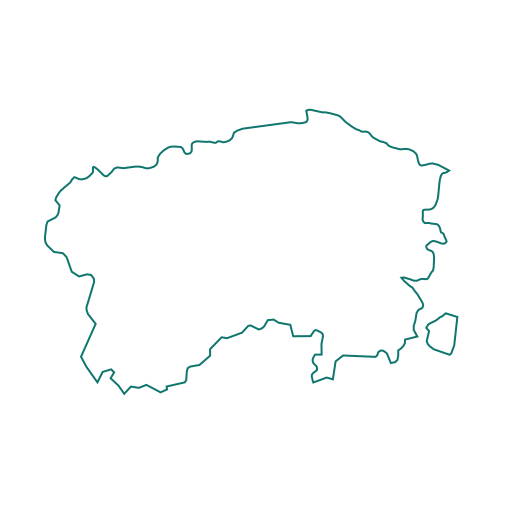 SVG path tracing the border of Ciudad Real, rotated 170°
{"feature_id": "ESP-5816", "entity_name": "Ciudad Real", "entity_type": "Autonomous Community", "adm_level": 1, "iso_a3": "ESP", "parent_name": "Spain", "parent_adm1": "", "projection": "albers", "projection_center": [-4.048, 38.963], "detail": "fine", "context": "isolated", "style": "outline", "palette": "teal", "viewbox_px": 512, "rotation_deg": 170, "n_neighbors": 0, "source": "natural_earth", "source_scale": "10m", "svg_char_len": 4410}
<svg xmlns="http://www.w3.org/2000/svg" viewBox="0 0 512 512"><g transform="rotate(170 256 256)"><path d="M442.3,176.4L445.8,187.2L425.7,217.0L431.5,227.9L432.2,231.4L432.0,234.6L419.9,258.6L419.6,261.7L421.6,265.9L425.5,267.3L433.8,266.6L440.2,272.5L442.7,287.7L445.7,292.3L454.3,295.1L459.8,302.7L461.0,306.2L460.8,310.3L457.0,323.1L455.2,326.2L446.8,328.7L444.5,330.6L443.0,332.9L440.6,340.0L443.9,345.8L442.4,348.8L440.4,350.8L440.0,351.6L436.5,354.6L433.7,356.1L433.6,356.3L433.0,356.8L432.1,357.2L427.2,360.0L426.2,360.7L424.7,362.2L424.4,362.7L424.1,363.2L423.8,363.4L422.9,363.9L422.4,364.3L422.0,364.7L421.4,365.1L420.6,364.9L418.7,363.7L417.3,362.6L415.5,362.0L413.8,361.7L411.2,361.8L409.1,362.2L406.4,363.5L402.9,366.0L401.9,367.2L401.5,370.1L401.2,371.3L400.6,372.0L399.1,371.1L396.7,368.5L392.6,362.7L391.5,361.4L390.2,360.6L388.6,360.6L383.7,363.7L381.1,366.2L379.4,367.0L377.0,367.3L371.3,365.5L359.3,365.0L356.0,364.4L352.8,363.4L349.7,361.8L347.7,361.1L345.1,361.1L341.1,361.7L338.4,363.1L337.1,364.7L336.4,366.3L336.0,367.9L335.9,369.4L335.1,370.7L332.6,373.4L328.6,376.0L324.1,377.9L322.1,378.3L320.0,378.4L317.1,377.9L311.4,376.5L310.2,375.6L309.5,374.3L309.0,372.8L308.7,371.2L308.1,369.8L307.1,368.7L305.4,368.4L303.2,368.6L301.5,369.9L300.8,371.6L300.1,376.4L299.4,377.8L298.2,378.6L296.3,379.1L294.1,379.2L285.1,377.0L281.6,376.6L277.3,374.7L275.9,374.5L274.7,375.1L273.2,375.6L270.3,374.6L268.7,373.7L266.8,373.6L264.1,373.9L261.8,374.5L259.1,376.3L258.0,377.9L256.3,381.2L252.8,382.7L247.0,383.7L198.1,381.7L191.6,379.4L188.2,378.9L184.6,379.0L183.0,379.3L181.9,380.7L181.3,382.2L181.2,390.4L178.7,390.8L176.7,390.5L165.6,385.9L163.3,385.6L158.8,384.0L151.2,380.4L149.5,379.3L147.9,377.4L144.5,372.4L139.7,367.3L135.3,363.4L132.7,362.1L130.6,360.3L128.2,359.6L126.6,359.6L125.1,359.0L123.7,358.1L122.3,356.1L121.4,354.2L119.9,352.2L113.9,347.4L110.9,346.2L107.7,344.2L107.2,342.9L105.9,341.3L103.6,339.7L96.6,336.5L94.5,335.8L91.1,335.7L88.9,335.2L86.4,334.3L82.9,331.9L80.9,329.4L80.1,327.4L79.9,323.9L79.9,322.2L79.5,318.9L78.9,317.4L77.2,316.3L72.1,316.4L70.2,316.7L66.4,316.6L60.8,314.2L51.0,306.6L53.6,305.4L55.6,305.1L56.8,305.2L57.7,305.0L58.9,304.3L60.5,302.0L62.2,297.8L66.5,282.4L67.3,280.3L70.0,275.6L71.3,274.1L72.5,273.0L73.9,272.2L75.5,271.8L77.1,271.6L81.8,272.3L83.2,272.2L84.0,271.0L84.8,266.1L85.7,263.0L85.1,260.5L84.0,259.1L79.4,258.4L78.3,257.7L72.5,256.0L71.4,255.0L70.6,253.7L70.1,252.1L69.9,250.5L69.9,249.0L69.7,247.3L69.6,247.1L69.1,246.8L68.2,246.1L67.4,245.0L67.1,243.4L66.9,241.8L66.3,240.1L65.9,238.5L65.8,237.1L67.2,235.9L68.6,235.5L70.2,235.8L71.7,236.4L75.9,238.9L78.9,240.1L80.6,239.8L82.0,239.2L86.2,236.8L86.8,235.4L86.4,233.5L85.3,232.2L82.4,230.5L81.3,229.3L80.7,227.0L80.8,223.9L82.8,214.8L83.6,212.3L84.3,210.9L85.6,209.9L88.0,207.3L89.0,205.9L90.1,204.6L91.3,203.7L92.6,203.6L95.6,204.5L97.2,204.6L98.8,204.5L101.8,203.7L104.8,204.3L106.2,205.0L107.5,205.9L113.5,208.9L114.3,209.2L116.5,209.3L114.4,205.6L109.6,199.6L107.7,198.0L106.8,196.5L106.6,195.6L103.6,190.1L100.5,182.1L100.0,180.2L100.0,177.9L101.2,176.1L102.7,175.4L104.5,175.1L106.2,173.9L107.8,171.9L110.4,164.4L112.9,159.6L113.5,155.8L111.1,148.7L123.7,147.8L124.5,144.3L126.8,141.5L129.6,139.5L132.3,138.4L133.3,132.9L134.7,129.2L137.3,127.3L141.8,127.2L144.0,137.3L145.9,139.5L147.8,140.9L149.9,141.2L152.1,140.2L152.7,139.4L153.8,137.3L154.7,136.4L156.2,136.0L187.5,142.9L195.9,138.4L201.7,121.2L207.5,124.0L221.5,121.5L221.8,123.3L222.0,127.8L221.5,129.5L219.7,131.1L217.5,132.0L215.7,133.2L215.3,135.9L215.8,137.3L217.8,140.0L218.4,141.6L218.3,143.9L217.5,145.6L215.0,148.6L208.5,147.5L206.8,158.0L204.1,165.0L203.8,167.0L204.7,169.0L208.9,172.2L210.5,172.7L212.0,172.0L216.1,167.6L233.3,170.5L234.2,182.3L245.2,186.3L249.7,190.3L255.5,190.8L260.1,185.3L262.8,183.7L265.9,183.1L273.5,188.6L275.8,188.5L283.1,182.9L298.8,180.1L304.0,181.9L317.4,172.2L318.5,165.8L330.6,158.5L340.1,158.5L342.8,157.3L344.2,154.2L346.3,145.8L348.2,143.9L366.7,143.0L366.8,140.0L373.7,138.3L386.3,148.1L394.3,146.5L401.9,149.1L409.7,143.2L413.9,152.2L420.4,160.8L415.9,166.1L418.3,169.5L427.1,168.5L434.1,159.1L442.3,176.4ZM82.4,125.1L97.2,133.3L100.7,137.1L102.1,139.5L102.7,142.5L98.6,152.0L100.8,155.6L98.4,158.5L96.5,159.4L90.4,161.1L86.6,163.0L85.5,163.7L84.2,164.1L83.3,164.2L79.1,166.6L68.3,161.0L76.3,133.6L80.6,126.2L82.4,125.1Z" fill="none" stroke="#0f766e" stroke-width="2"/></g></svg>